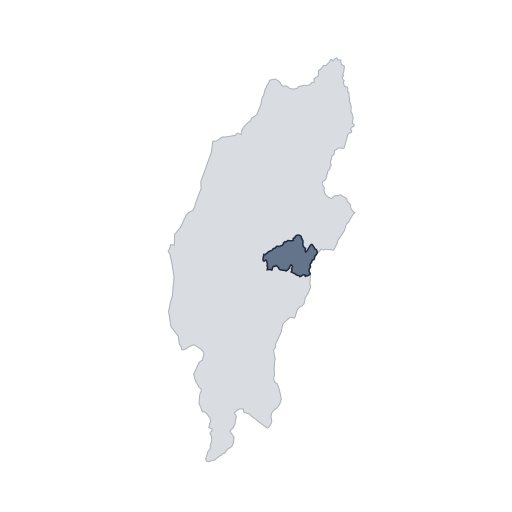 Bulgan highlighted on a map of Mongolia, rotated 103°
{"feature_id": "MNG-3323", "entity_name": "Bulgan", "entity_type": "Province", "adm_level": 1, "iso_a3": "MNG", "parent_name": "Mongolia", "parent_adm1": "", "projection": "robinson", "projection_center": [103.32, 48.825], "detail": "fine", "context": "in_parent", "style": "filled", "palette": "slate", "viewbox_px": 512, "rotation_deg": 103, "n_neighbors": 0, "source": "natural_earth", "source_scale": "10m", "svg_char_len": 7193}
<svg xmlns="http://www.w3.org/2000/svg" viewBox="0 0 512 512"><g transform="rotate(103 256 256)"><path d="M46.1,217.3L47.7,217.2L50.2,215.7L50.6,213.7L51.4,212.5L57.2,211.9L59.7,212.6L60.2,211.3L60.7,211.1L62.0,212.2L63.4,211.7L64.3,211.2L65.3,209.6L67.2,209.9L70.7,208.1L70.8,205.1L72.1,204.3L75.2,203.7L75.7,202.4L76.3,202.0L78.6,201.6L82.5,200.0L84.3,199.9L85.7,198.5L89.2,196.8L94.4,195.9L94.8,195.0L99.7,192.3L104.7,192.2L106.2,189.7L106.9,189.5L110.2,192.4L111.7,192.0L112.3,190.9L114.4,190.9L115.1,192.9L116.3,193.7L131.0,194.5L131.5,195.2L132.1,199.9L134.7,202.1L135.3,203.1L139.4,202.8L141.6,204.5L145.2,204.4L147.0,204.9L150.5,203.3L151.3,203.3L152.3,204.1L154.0,203.5L157.2,205.1L159.7,204.8L160.9,205.5L162.4,204.9L165.9,205.4L168.7,207.9L170.7,207.7L173.1,206.1L173.7,204.9L177.2,204.4L179.2,203.2L180.5,202.2L182.5,198.6L183.0,194.9L181.3,194.3L179.8,193.1L179.0,191.1L178.9,189.7L177.4,187.6L177.5,186.5L178.6,184.7L179.1,181.7L180.3,180.1L182.7,179.2L183.0,178.0L184.5,175.7L188.2,174.4L190.4,171.9L191.6,169.3L193.3,170.6L198.1,172.4L202.0,173.2L204.6,175.1L211.5,175.6L223.2,180.0L225.6,179.8L232.5,181.6L233.1,182.3L233.0,185.6L233.5,186.5L233.8,190.1L235.1,191.9L234.7,194.0L235.3,194.7L237.0,195.0L239.8,197.2L245.9,198.8L247.8,200.2L252.0,201.2L254.2,200.6L257.8,201.0L259.1,200.7L261.3,199.0L262.8,198.5L270.9,197.2L273.1,196.0L274.6,195.8L281.0,196.9L285.4,198.6L291.8,198.4L294.8,200.3L296.1,202.1L298.7,203.6L307.5,204.3L307.9,204.7L307.9,208.6L308.3,209.2L314.1,213.4L316.8,214.6L324.9,214.4L337.5,217.1L340.5,216.3L343.2,217.7L344.2,217.6L352.2,214.1L353.4,214.3L361.8,213.0L367.1,211.2L371.2,211.3L374.4,209.8L375.6,206.8L380.7,203.4L389.8,199.0L395.6,199.7L399.1,201.2L402.8,204.3L404.9,205.2L408.6,205.4L413.9,203.3L416.7,203.8L419.4,204.8L421.2,206.4L413.9,222.6L413.8,223.5L411.3,226.9L411.2,232.3L407.9,234.3L408.6,237.3L409.4,238.5L413.3,241.6L414.5,241.2L415.5,239.9L417.5,238.8L421.2,239.1L424.4,238.6L428.6,239.6L432.4,242.2L437.5,236.6L442.4,236.0L447.1,236.7L450.8,240.4L455.2,242.1L456.4,244.3L458.2,245.1L458.7,246.2L464.2,250.4L465.4,253.3L467.0,255.3L467.2,257.3L466.9,258.3L464.9,259.4L457.6,258.9L453.2,256.9L451.7,258.0L446.2,257.6L443.1,258.4L441.1,259.2L439.9,260.5L439.0,260.9L438.0,260.8L436.3,259.7L434.9,259.7L434.4,260.0L433.7,263.4L429.0,263.4L427.4,263.0L423.6,264.6L423.1,266.0L421.1,267.8L419.4,271.3L419.9,272.8L419.4,273.7L416.0,275.6L412.8,278.3L405.9,279.4L402.7,279.6L400.3,279.0L397.9,279.5L396.2,282.5L391.9,286.4L385.5,290.1L373.6,287.8L372.1,287.3L369.5,284.9L362.6,284.8L360.7,286.4L359.1,288.8L356.4,296.4L359.3,300.8L362.5,303.7L363.9,305.7L364.0,307.4L361.8,308.2L358.9,311.0L351.7,313.6L343.8,323.1L329.6,328.7L320.8,329.0L313.8,328.5L294.8,331.2L282.6,336.1L273.5,340.3L271.6,342.4L270.6,342.7L269.0,341.9L264.0,341.7L264.0,338.0L253.3,340.1L244.6,335.9L232.2,333.3L229.7,332.4L225.5,327.6L223.2,327.0L217.8,326.8L202.8,324.7L195.8,326.5L165.2,322.8L154.1,323.9L153.6,323.5L153.0,320.5L147.9,315.8L147.3,314.7L147.1,312.9L143.1,303.3L140.5,301.9L141.0,297.9L136.9,298.2L132.5,296.7L127.9,293.9L125.8,291.8L122.6,291.3L118.7,287.5L116.9,286.8L107.2,285.3L102.3,285.7L97.1,284.7L91.1,284.6L89.3,283.8L87.5,283.9L84.2,282.3L81.8,282.6L79.3,277.2L80.2,273.8L81.4,271.8L84.4,268.8L84.4,267.7L83.4,264.9L85.3,260.1L84.9,257.1L83.6,253.7L81.6,252.9L79.0,248.2L78.3,244.6L77.2,242.1L74.3,240.6L73.5,238.5L72.6,238.3L71.9,239.0L70.2,239.3L68.4,237.9L67.5,236.4L66.5,236.0L64.5,236.0L62.7,236.8L60.8,236.4L59.2,235.0L54.9,232.8L54.9,231.2L54.3,230.1L53.0,229.8L51.7,228.7L47.5,227.3L47.4,226.5L48.7,224.8L45.9,223.4L44.8,221.9L46.7,220.0L46.0,218.6L46.1,217.3Z" fill="#d9dde1" stroke="#a8b0b8" stroke-width="1"/><path d="M238.9,197.0L240.8,197.4L242.4,198.4L242.9,198.6L243.5,198.7L245.5,198.5L246.5,198.7L246.9,199.5L247.1,200.0L247.4,200.3L247.8,200.4L249.1,200.3L249.5,200.4L250.0,200.5L250.7,201.0L251.6,201.3L252.5,201.4L254.0,200.5L254.8,200.5L256.4,201.1L257.3,201.2L258.3,201.1L259.3,200.7L260.0,200.1L260.2,199.8L260.9,199.4L261.3,199.1L262.6,200.0L263.5,201.1L263.7,201.3L263.9,201.8L263.9,202.1L264.0,202.7L264.8,203.3L264.7,203.5L264.3,203.7L264.1,203.7L263.5,203.8L263.5,204.7L263.5,205.2L263.6,205.5L263.7,205.9L264.2,206.4L265.7,207.7L266.0,208.1L266.3,208.6L265.5,209.3L265.5,211.0L265.5,211.6L265.4,211.9L265.2,212.8L264.8,213.3L264.6,214.0L264.4,215.0L264.0,216.2L263.8,217.4L263.6,218.2L263.0,217.9L262.6,217.8L262.1,217.8L261.8,217.8L261.4,217.9L261.3,218.0L260.5,218.6L258.7,218.1L258.2,218.0L257.6,218.4L256.9,219.3L256.9,220.2L259.3,220.7L260.0,220.8L260.8,221.1L261.2,221.4L261.8,221.6L262.4,222.1L263.0,222.5L263.4,223.0L263.9,223.4L263.9,223.5L263.6,223.9L263.7,224.0L263.5,224.3L263.7,225.5L263.8,226.1L263.9,227.6L263.9,228.8L263.9,229.5L263.6,230.3L263.5,230.5L263.4,230.6L262.7,231.1L262.1,231.5L261.7,232.2L261.4,233.0L261.2,233.3L260.7,234.1L261.2,234.6L261.9,235.4L262.0,235.8L262.1,236.6L262.6,236.9L263.4,237.2L264.1,237.3L265.5,237.3L265.8,237.2L266.0,237.2L266.1,237.3L266.2,237.5L266.2,237.9L266.0,238.2L266.0,239.0L266.1,239.4L266.6,241.3L266.9,242.0L265.6,242.1L263.9,242.1L263.7,242.5L263.3,243.0L262.3,243.0L261.6,243.1L261.3,243.1L260.7,243.3L259.0,244.3L258.4,244.7L257.8,245.2L258.1,245.8L258.2,246.0L258.4,246.2L258.7,246.5L259.1,246.8L259.2,247.0L259.2,247.3L259.2,247.5L258.9,248.0L257.9,248.3L256.3,248.6L255.2,248.7L254.9,248.7L254.4,248.6L254.1,248.6L253.7,248.6L252.7,248.8L252.6,248.1L252.5,247.3L251.6,246.6L251.0,246.2L250.2,245.6L249.6,245.2L249.0,244.8L248.6,244.3L248.3,243.9L247.9,243.3L247.6,242.7L247.2,242.1L246.5,241.4L246.2,241.2L245.9,241.1L245.6,241.0L245.0,241.0L244.7,240.5L244.2,239.7L244.0,239.0L243.2,238.7L242.3,238.4L242.1,238.2L241.9,238.0L241.8,237.9L241.7,237.6L241.6,236.4L241.4,235.5L241.3,235.1L240.9,234.6L240.5,234.1L240.3,233.6L239.6,232.8L239.0,232.3L238.2,232.2L237.6,232.2L237.3,232.1L237.0,232.1L236.1,231.5L235.9,231.3L235.5,231.0L235.4,230.0L235.2,229.6L234.9,229.3L234.3,228.9L234.0,228.7L233.8,228.5L233.7,228.3L233.6,227.9L233.7,227.4L233.6,227.2L233.3,225.3L232.8,223.8L232.5,223.1L231.9,223.3L231.4,223.6L231.0,223.7L230.7,223.7L230.2,223.5L230.1,223.3L230.0,223.0L229.8,222.7L229.5,222.4L229.2,222.3L229.1,222.2L228.7,222.2L228.2,222.1L227.6,221.8L227.3,221.6L227.1,221.4L226.6,220.9L226.4,220.6L226.3,220.0L226.2,219.8L226.0,218.8L226.0,218.4L226.0,218.1L226.1,217.8L226.6,216.8L226.8,216.5L227.2,216.1L227.8,216.0L228.0,216.0L228.3,215.8L228.6,215.5L228.8,215.3L228.9,215.0L229.5,214.7L230.0,214.2L230.5,213.8L231.3,213.5L232.3,213.4L232.9,213.2L233.4,213.1L234.5,212.8L235.1,212.6L235.3,212.5L235.9,212.1L236.4,211.6L236.6,211.4L236.9,210.8L237.3,209.8L237.5,209.6L237.9,209.4L238.1,209.4L238.4,209.4L239.1,209.5L239.4,209.5L239.5,209.4L240.0,209.2L241.0,208.6L240.6,208.1L240.2,207.9L239.2,207.4L238.1,206.9L237.2,206.7L235.5,206.1L234.4,205.8L233.4,205.4L232.7,205.0L232.5,204.9L232.3,204.7L232.2,204.4L232.2,204.1L232.3,203.8L232.6,203.4L233.1,202.9L233.7,202.3L233.8,202.1L234.1,201.7L234.5,201.4L234.7,201.2L235.0,201.0L235.4,200.6L235.6,200.5L235.8,200.0L236.0,199.3L236.1,199.1L236.2,198.8L236.3,198.6L236.8,198.2L237.4,197.7L238.2,197.4L238.9,197.0L238.9,197.0Z" fill="#64748b" stroke="#1e293b" stroke-width="1.5"/></g></svg>